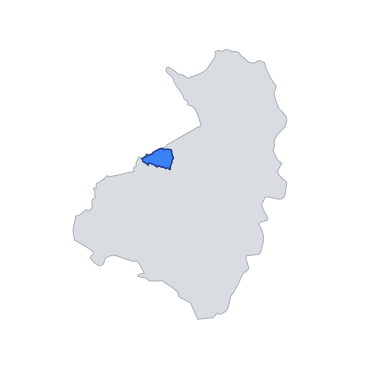 location of Nahouri within Burkina Faso, rotated 151°
{"feature_id": "BFA-2830", "entity_name": "Nahouri", "entity_type": "Province", "adm_level": 1, "iso_a3": "BFA", "parent_name": "Burkina Faso", "parent_adm1": "", "projection": "equal_earth", "projection_center": [-1.167, 11.251], "detail": "fine", "context": "in_parent", "style": "filled", "palette": "blue", "viewbox_px": 384, "rotation_deg": 151, "n_neighbors": 0, "source": "natural_earth", "source_scale": "10m", "svg_char_len": 4260}
<svg xmlns="http://www.w3.org/2000/svg" viewBox="0 0 384 384"><g transform="rotate(151 192 192)"><path d="M270.8,245.6L262.6,246.0L259.6,247.2L257.8,247.2L257.8,246.2L257.6,245.6L247.2,242.3L239.9,240.3L232.6,238.1L232.1,240.2L231.1,241.5L229.5,241.6L228.4,241.3L227.7,242.9L226.4,245.0L224.7,246.0L223.1,247.3L222.1,248.4L221.4,248.4L219.8,245.8L217.5,245.5L213.3,246.0L211.4,245.2L208.9,244.9L202.8,245.4L193.1,244.3L191.5,244.9L191.1,245.4L181.5,245.5L171.0,245.7L162.1,245.8L154.4,245.9L154.4,245.4L151.9,245.4L151.6,246.3L149.4,257.0L149.1,262.8L150.3,266.4L151.6,268.7L153.1,269.7L153.2,271.0L152.0,272.7L152.1,274.4L153.5,276.1L153.9,278.0L153.1,280.0L153.3,284.7L154.3,292.1L154.4,297.0L153.4,299.2L153.8,303.0L155.7,308.3L156.1,310.6L155.4,311.6L153.8,313.0L152.2,312.9L150.3,309.7L149.5,308.3L148.0,305.0L146.7,301.7L145.0,300.2L143.3,298.9L141.2,294.7L139.2,292.7L137.1,293.3L134.0,292.5L127.8,291.5L121.1,291.8L118.3,292.8L115.6,294.3L108.6,297.6L105.9,299.3L103.8,303.5L101.4,303.4L99.1,302.0L97.6,300.1L94.4,300.6L91.4,298.7L88.4,295.1L86.2,293.9L83.5,291.3L82.7,286.2L81.0,282.7L79.4,277.9L77.0,275.7L74.2,274.5L70.4,274.8L67.9,272.8L65.9,269.9L66.4,267.5L67.3,264.0L67.5,260.6L68.1,255.1L67.7,248.3L67.1,243.5L69.2,241.5L71.7,239.7L73.2,236.5L74.8,229.2L75.5,222.9L75.0,220.6L74.2,218.7L73.6,216.0L73.2,212.7L73.7,209.8L75.6,207.1L77.9,204.9L79.5,203.8L83.9,202.7L89.3,201.0L92.5,199.2L94.8,197.3L96.1,195.8L97.4,192.7L99.5,190.4L101.2,188.0L101.4,181.3L101.4,177.5L100.2,175.4L99.6,173.6L107.6,168.4L107.7,164.8L106.6,160.7L105.1,157.4L104.5,154.5L106.7,151.2L108.7,148.7L110.2,146.5L113.3,143.3L116.6,142.4L119.6,143.7L128.4,151.3L129.9,151.8L131.8,151.2L134.1,149.2L137.1,147.6L138.2,142.5L138.2,135.0L138.9,131.5L140.5,130.9L145.5,132.3L146.8,132.4L148.3,131.9L149.4,130.6L149.3,128.2L149.1,126.0L150.8,119.0L153.8,113.8L159.9,107.2L161.8,105.9L164.0,105.2L174.9,109.7L176.7,108.6L179.4,97.5L182.3,96.4L185.9,96.2L188.2,95.3L189.4,94.5L194.6,90.2L203.7,84.5L208.6,82.0L209.6,81.1L213.1,77.0L217.8,72.3L220.7,71.4L224.9,71.0L227.4,71.8L228.2,73.1L229.0,73.8L234.4,71.8L242.1,75.0L248.7,78.1L248.3,80.1L248.3,83.6L247.7,89.1L247.1,95.7L249.8,100.0L253.1,104.6L254.0,106.4L253.1,111.0L253.8,113.7L255.5,118.1L258.5,123.8L261.5,129.6L263.7,130.4L265.7,130.8L266.9,131.9L268.7,132.9L270.4,133.5L272.0,134.8L273.0,136.0L274.3,139.6L277.7,142.0L280.1,144.4L279.1,145.5L276.1,145.1L273.3,144.0L273.0,145.8L272.9,152.3L273.3,157.8L274.0,158.6L276.8,159.6L283.6,166.7L289.7,173.5L291.8,175.2L295.1,175.9L298.9,176.2L300.5,175.5L304.2,172.1L306.1,171.8L307.9,171.9L308.9,172.4L310.7,175.2L312.3,179.4L312.8,182.5L312.7,184.1L312.1,184.8L309.1,185.6L307.8,186.2L307.5,187.1L308.0,189.2L308.6,190.5L311.9,196.6L316.6,204.7L318.1,206.8L317.3,209.3L314.9,215.6L313.1,218.3L305.2,227.3L301.3,226.3L293.1,228.1L291.8,226.0L289.9,225.8L287.5,226.1L286.7,226.9L286.4,227.8L285.6,229.0L284.1,232.6L282.9,233.5L281.4,234.1L279.7,234.0L278.6,234.5L278.6,236.3L278.3,237.8L277.1,238.6L276.6,240.3L276.7,242.0L276.0,242.8L274.4,242.4L273.5,241.9L272.7,244.1L271.6,245.6L270.8,245.6Z" fill="#d9dde1" stroke="#a8b0b8" stroke-width="1"/><path d="M206.8,245.5L203.0,245.5L198.9,245.4L198.1,245.2L197.0,244.7L197.0,244.1L196.7,243.3L196.1,243.4L195.5,243.0L195.5,242.4L195.3,242.0L194.1,242.0L192.7,241.4L192.3,241.0L191.8,240.8L191.3,240.4L190.7,239.7L189.9,239.2L189.7,238.4L190.2,237.3L190.6,236.6L190.8,235.5L191.1,234.3L191.5,233.7L191.5,231.9L191.5,231.5L192.2,230.3L192.7,230.0L193.2,230.1L193.9,229.7L195.3,227.6L196.1,226.8L196.9,226.4L197.5,226.0L198.0,225.5L198.4,224.9L199.0,224.0L200.2,222.4L200.6,222.6L201.2,223.7L201.5,224.9L202.4,225.1L203.4,225.1L204.1,226.2L204.6,227.4L205.2,228.0L206.2,228.3L207.0,229.0L208.1,230.6L208.9,231.2L209.8,230.8L210.7,231.1L211.1,232.0L211.1,233.2L211.5,233.5L212.2,234.1L212.8,235.3L213.3,235.7L214.1,236.9L216.0,238.1L216.9,237.7L217.3,236.9L217.7,237.9L218.4,239.5L218.8,240.5L219.3,241.3L219.9,241.9L220.1,242.7L219.9,243.4L219.6,244.1L219.7,245.5L216.1,245.5L216.1,245.4L215.9,245.1L215.7,245.0L215.4,245.4L214.7,245.6L214.0,246.6L213.4,246.7L213.6,246.2L213.3,246.2L213.1,246.0L212.9,245.5L212.7,245.2L212.4,245.2L208.0,244.7L207.1,244.9L206.8,245.5Z" fill="#3b82f6" stroke="#1e3a8a" stroke-width="1.5"/></g></svg>